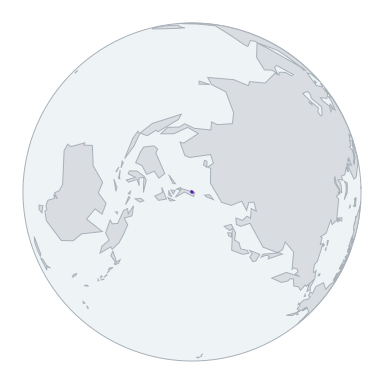 Abra on an orthographic globe, rotated 105°
{"feature_id": "PHL-2542", "entity_name": "Abra", "entity_type": "Province", "adm_level": 1, "iso_a3": "PHL", "parent_name": "Philippines", "parent_adm1": "", "projection": "orthographic", "projection_center": [120.806, 17.561], "detail": "coarse", "context": "on_globe", "style": "filled", "palette": "violet", "viewbox_px": 384, "rotation_deg": 105, "n_neighbors": 0, "source": "natural_earth", "source_scale": "10m", "svg_char_len": 10297}
<svg xmlns="http://www.w3.org/2000/svg" viewBox="0 0 384 384"><g transform="rotate(105 192 192)"><circle cx="192" cy="192" r="169" fill="#eef3f6" stroke="#a8b0b8"/><path d="M331.5,261.7L331.3,262.7L331.1,262.9L331.5,261.7ZM290.9,55.0L291.1,55.2L278.1,48.2L274.2,50.4L278.5,54.8L273.2,51.3L285.3,63.0L286.7,69.0L281.6,60.1L278.4,57.6L277.7,60.3L274.2,58.4L271.9,58.8L267.9,56.5L265.2,52.0L262.5,50.6L262.1,52.6L257.9,52.0L258.8,49.2L251.4,47.9L245.6,41.5L251.3,37.7L244.7,34.1L241.5,30.6L238.4,29.8L235.2,28.7L230.4,27.5L230.7,27.5L243.5,31.1L256.0,35.6L268.1,41.2L279.8,47.6L290.9,55.0ZM227.4,26.8L226.7,26.6L226.8,26.7L224.9,26.4L222.1,25.9L222.6,25.8L224.1,26.1L223.2,25.9L227.4,26.8ZM350.8,145.2L349.4,141.8L350.5,142.9L350.8,145.2ZM348.4,140.4L348.9,141.4L348.5,140.7L348.4,140.4ZM348.0,140.4L348.3,140.4L348.0,140.7L348.0,140.4ZM347.5,140.8L347.7,140.4L347.7,140.6L347.5,140.8ZM346.3,140.4L345.9,140.2L346.0,139.4L346.3,140.4ZM292.8,56.4L291.9,55.8L291.3,55.3L292.8,56.4ZM287.8,53.7L286.5,52.5L290.5,55.1L290.0,54.9L287.8,53.7ZM282.5,58.8L282.4,57.4L283.6,59.5L282.5,58.8ZM272.3,59.3L273.4,60.3L271.7,60.1L272.3,59.3ZM264.0,56.6L260.9,56.1L263.6,55.7L264.0,56.6ZM258.9,55.4L251.6,54.9L253.4,57.1L244.1,51.0L253.4,53.2L256.3,52.2L256.5,53.9L258.9,55.4ZM228.1,27.0L227.8,26.9L230.7,27.6L228.1,27.0ZM230.5,27.6L242.1,31.2L241.2,31.4L237.5,30.0L238.4,31.2L232.2,29.5L230.3,28.5L232.1,28.6L228.4,28.0L230.5,27.6ZM240.1,48.0L238.0,47.4L239.7,47.2L240.1,48.0ZM224.4,26.4L226.8,26.9L226.2,27.1L221.2,26.1L223.0,26.3L224.4,26.4ZM241.6,32.4L240.3,32.6L234.9,31.3L233.7,31.3L232.0,29.5L241.6,32.4ZM221.7,26.0L218.7,25.7L216.4,25.2L222.0,25.9L221.7,26.0ZM228.1,27.7L227.6,27.8L226.3,27.4L228.1,27.7ZM206.6,23.7L209.6,24.0L206.6,23.7ZM217.7,25.6L218.5,25.8L218.8,26.0L216.4,25.7L217.7,25.6ZM228.3,28.8L226.4,28.4L228.8,29.5L224.8,28.8L224.4,27.8L222.9,27.9L221.7,27.7L222.7,27.3L228.3,28.8ZM214.9,26.0L213.0,25.0L207.6,24.2L216.2,25.4L214.9,26.0ZM219.4,26.7L216.6,26.2L217.9,26.1L220.7,26.4L219.4,26.7ZM222.3,28.7L228.4,30.0L222.3,28.7ZM213.0,25.7L213.5,26.0L212.5,25.7L213.0,25.7ZM219.2,27.7L221.4,28.1L221.2,28.3L219.2,27.7ZM212.7,26.3L212.1,26.0L213.9,26.1L212.7,26.3ZM215.5,27.0L214.7,27.2L215.0,26.4L216.5,27.1L215.5,27.0ZM218.6,27.8L219.2,28.1L217.8,27.7L218.6,27.8ZM206.1,26.3L206.0,25.3L210.1,25.4L209.6,26.4L206.1,26.3ZM49.9,100.6L51.9,97.7L47.1,107.9L47.3,111.4L57.0,99.7L56.7,93.6L62.0,86.4L66.6,86.0L67.7,92.3L69.9,89.8L73.7,81.3L78.5,78.7L75.5,78.1L73.3,81.3L71.4,81.3L73.3,78.5L74.9,77.5L75.9,75.0L67.8,81.0L64.7,84.9L64.4,82.4L59.2,88.8L57.5,90.5L65.6,80.2L68.3,77.4L79.6,65.8L77.4,67.9L88.5,58.5L100.4,50.0L99.3,50.8L107.1,46.2L107.4,46.4L102.7,48.9L98.6,51.5L95.6,55.2L96.9,54.9L102.2,51.9L100.7,53.6L106.2,50.3L107.6,51.7L110.5,47.4L116.8,44.5L121.2,43.9L123.8,42.3L116.6,43.6L113.3,44.9L109.6,47.1L101.0,51.0L100.6,50.6L111.6,44.2L112.3,43.2L120.5,39.4L134.9,37.3L137.6,38.8L128.3,46.7L123.9,47.6L125.0,45.0L118.0,49.8L121.4,48.2L120.2,49.9L125.9,48.3L125.3,49.5L131.8,46.1L131.7,47.4L127.5,49.5L135.9,48.9L137.4,51.5L139.6,50.9L141.5,49.5L142.1,54.2L143.7,53.5L144.1,51.7L147.5,49.4L153.8,47.3L153.7,49.0L151.4,50.0L146.4,55.0L140.4,57.8L141.0,58.3L146.2,56.4L152.2,50.2L156.0,48.5L153.8,51.3L154.9,50.1L156.8,49.9L158.5,51.4L161.2,48.4L181.8,45.0L187.2,48.2L182.9,50.6L197.1,51.8L202.1,56.4L202.5,54.5L209.5,54.5L208.1,53.1L208.8,52.2L226.2,52.9L230.3,54.9L238.2,54.1L238.4,53.3L235.8,51.8L244.1,51.0L253.4,57.1L252.5,58.5L258.9,61.8L256.0,64.8L256.5,69.3L249.6,71.5L250.6,75.2L253.0,76.1L256.2,82.3L254.5,92.7L245.3,80.1L245.8,66.0L244.6,71.1L241.7,68.9L239.4,70.3L238.9,74.3L240.8,75.3L223.7,78.3L216.1,89.0L224.3,89.6L228.4,93.9L226.9,109.1L207.2,127.9L212.4,135.9L211.9,140.7L205.8,142.9L206.3,135.8L201.1,132.6L202.3,128.6L192.6,130.5L193.9,124.9L185.7,129.6L187.6,134.5L195.6,134.5L188.0,141.6L194.8,150.7L194.3,160.7L178.7,176.5L164.6,180.0L163.5,183.0L158.6,178.7L151.0,183.9L159.3,203.2L158.7,208.3L146.9,216.5L146.9,212.6L133.9,201.0L130.7,212.9L140.5,224.8L143.8,237.2L135.9,232.3L132.6,221.2L128.0,216.8L129.9,206.4L127.2,189.8L119.2,191.3L120.4,185.0L115.5,170.6L104.5,172.4L86.5,185.2L83.1,200.9L77.3,206.4L72.7,180.9L74.7,165.0L70.5,165.0L67.9,149.6L55.9,142.6L56.5,138.2L53.7,138.7L52.3,132.7L54.1,125.7L52.2,124.6L47.9,143.1L50.3,144.5L55.5,140.1L53.6,146.3L55.3,153.7L45.1,164.5L31.2,167.7L33.7,155.5L43.2,119.2L45.1,116.2L45.3,115.9L45.7,115.1L42.6,119.7L45.5,113.1L36.2,136.6L33.0,146.2L30.9,168.2L30.1,169.5L30.6,174.8L37.0,175.7L36.2,179.6L30.8,195.0L25.4,212.6L28.4,230.5L31.8,244.6L32.6,247.9L29.0,236.6L26.3,225.1L24.4,213.5L23.3,201.7L23.1,189.9L23.6,178.1L25.0,166.4L27.2,154.8L30.2,143.4L34.0,132.2L38.6,121.3L43.9,110.7L49.9,100.6ZM75.6,69.5L65.9,79.8L67.2,78.2L63.9,81.8L67.0,78.4L67.3,78.0L67.4,77.9L75.6,69.5ZM64.9,106.5L68.2,110.6L73.6,101.1L75.4,102.0L76.6,98.7L74.0,100.4L78.0,91.7L81.9,91.2L85.0,87.7L84.1,86.2L76.3,88.8L70.5,100.9L66.8,103.3L64.9,106.5ZM145.3,29.6L144.5,29.8L143.0,30.3L145.3,29.6ZM218.0,25.0L219.9,25.4L218.6,25.3L215.4,24.9L213.1,24.6L214.7,24.7L210.6,24.2L211.1,24.1L208.0,23.8L205.9,23.6L218.0,25.0ZM188.2,23.1L191.6,23.3L198.6,23.5L200.0,23.8L196.9,23.8L200.5,24.2L195.5,24.3L196.5,24.7L192.4,25.4L185.8,25.5L187.3,25.9L184.4,26.8L178.7,27.1L181.5,26.3L173.3,27.5L173.8,26.5L172.8,26.8L171.0,26.3L167.2,26.4L168.2,25.9L166.3,26.2L165.0,26.1L162.7,26.3L163.7,25.8L161.0,26.2L163.0,25.7L158.0,26.6L162.2,25.8L161.0,25.9L157.6,26.6L159.7,26.2L173.9,24.0L188.2,23.1ZM204.8,26.5L196.7,26.2L193.0,25.7L201.5,24.7L201.4,24.4L206.7,24.2L211.9,25.1L209.9,25.0L209.2,25.2L207.9,24.8L208.4,25.2L205.6,25.2L205.3,25.6L202.8,25.3L204.8,26.5ZM102.7,49.0L102.6,49.3L101.3,50.1L99.8,50.9L102.7,49.0ZM154.5,32.4L156.7,31.5L157.5,31.6L163.5,30.3L163.7,31.2L160.1,32.3L154.5,32.4ZM55.0,100.8L53.0,102.2L53.8,100.4L54.3,100.3L55.0,100.8ZM55.9,92.9L54.1,96.2L55.2,93.7L55.9,92.9ZM155.7,33.2L158.1,32.5L156.6,33.4L155.7,33.2ZM164.0,31.9L162.9,32.8L164.4,31.2L164.0,31.9ZM104.2,333.7L107.7,335.8L105.9,335.2L104.2,333.7ZM38.5,250.9L44.9,272.9L42.9,270.6L39.1,262.7L34.3,248.5L35.6,246.9L35.2,241.3L38.5,250.9ZM186.7,269.0L191.9,270.1L191.7,270.8L186.7,269.0ZM181.2,266.0L187.1,266.8L180.2,267.5L181.2,266.0ZM189.4,267.0L195.5,266.1L198.1,265.1L197.7,266.6L189.4,267.0ZM177.1,265.7L155.7,263.1L147.3,260.0L149.2,257.6L162.7,260.0L177.1,265.7ZM148.5,257.4L135.9,247.9L119.6,222.4L125.4,223.9L142.7,240.5L141.6,242.7L149.2,249.8L148.5,257.4ZM179.5,247.0L178.3,254.0L166.4,252.1L161.0,250.3L157.3,240.7L159.4,236.3L163.7,237.0L181.2,223.1L187.2,227.6L181.7,233.7L186.7,240.4L179.5,247.0ZM83.5,202.6L86.0,213.1L83.0,213.8L83.5,202.6ZM188.8,212.6L181.4,218.9L188.3,210.2L188.8,212.6ZM193.1,204.2L193.3,207.8L190.6,204.1L193.1,204.2ZM162.9,187.9L158.3,188.1L158.4,185.6L164.4,183.9L162.9,187.9ZM193.8,169.3L193.0,176.6L191.8,179.0L190.1,174.4L193.8,169.3ZM160.0,42.9L151.5,43.3L145.5,44.9L142.2,47.5L143.2,44.3L152.5,41.9L160.0,42.9ZM179.1,44.4L182.0,42.6L183.2,43.6L182.7,44.2L179.1,44.4ZM179.1,43.2L178.0,40.6L181.2,39.8L181.4,41.9L179.1,43.2ZM166.5,35.9L163.9,35.9L165.2,35.1L166.5,35.9ZM291.6,321.7L293.2,322.0L288.4,326.1L281.8,330.6L275.9,332.9L291.6,321.7ZM244.2,336.4L244.0,332.4L251.0,331.6L248.1,335.4L244.2,336.4ZM296.1,318.1L300.5,313.7L302.1,308.9L301.6,313.0L305.0,312.0L294.6,321.3L296.1,318.1ZM218.3,318.9L185.3,326.2L177.9,324.5L179.5,320.8L172.3,308.3L174.7,308.8L172.8,300.3L192.1,294.3L205.9,280.8L217.0,282.3L225.2,272.1L236.7,273.1L233.4,281.3L245.5,286.8L253.4,268.4L261.0,287.8L269.9,294.2L272.7,305.7L257.4,325.2L248.5,329.2L246.7,327.6L243.0,329.6L237.2,329.0L233.7,323.1L230.1,325.0L233.5,320.4L228.3,324.5L225.1,320.6L218.3,318.9ZM300.7,282.3L302.4,282.5L305.2,285.4L302.4,285.2L300.7,282.3ZM327.0,266.7L327.8,268.0L326.0,268.9L327.0,266.7ZM331.1,262.9L329.0,264.2L331.5,261.7L331.1,262.9ZM309.7,269.9L310.6,271.0L309.9,271.5L309.7,269.9ZM309.0,269.6L310.0,267.5L309.9,269.5L309.0,269.6ZM300.6,260.1L301.7,259.0L302.2,259.7L300.6,260.1ZM199.7,270.8L207.0,265.8L211.0,265.6L199.7,270.8ZM299.1,258.1L296.5,258.1L296.7,257.0L299.1,258.1ZM299.3,255.6L299.0,254.1L300.6,257.4L299.3,255.6ZM294.1,252.6L297.4,255.0L293.8,253.0L294.1,252.6ZM292.2,253.1L289.9,252.1L290.0,251.6L292.2,253.1ZM266.0,256.3L274.8,265.0L267.8,265.0L259.9,259.6L254.0,264.8L240.3,263.8L243.4,260.7L241.5,255.6L227.6,253.3L224.7,249.9L229.7,247.9L220.5,244.9L230.5,243.8L234.7,250.7L240.3,245.6L250.3,247.1L260.0,249.4L267.9,254.3L266.0,256.3ZM230.7,258.6L232.4,258.6L230.9,260.6L230.7,258.6ZM285.4,248.7L288.8,251.7L288.4,252.6L286.7,252.1L285.4,248.7ZM269.7,253.1L278.1,247.4L280.1,247.4L274.5,253.9L269.7,253.1ZM276.0,243.9L280.0,244.5L282.1,247.6L281.3,248.5L276.0,243.9ZM210.2,251.4L209.8,253.2L207.2,251.6L210.2,251.4ZM213.5,250.5L221.4,252.9L212.8,252.0L213.5,250.5ZM190.2,242.3L192.4,246.9L199.5,244.7L194.1,248.3L198.9,255.9L197.3,258.5L192.5,250.3L190.9,258.3L187.8,257.8L186.0,250.8L189.1,242.5L192.2,239.3L205.1,238.8L190.2,242.3ZM213.4,245.1L211.4,239.8L212.9,236.4L215.2,239.3L213.4,245.1ZM205.5,226.9L200.2,220.5L195.3,222.4L205.4,214.8L208.7,222.2L205.5,226.9ZM201.2,213.3L196.6,215.1L201.5,210.5L201.2,213.3ZM195.5,212.9L195.1,208.7L198.7,209.6L195.5,212.9ZM203.6,213.7L204.7,206.7L206.4,211.0L203.6,213.7ZM194.0,199.2L201.4,206.7L191.5,202.9L191.7,189.2L196.0,189.3L194.0,199.2ZM222.1,146.9L221.4,143.1L225.4,142.5L224.8,145.3L222.1,146.9ZM238.0,138.6L226.3,141.2L216.8,143.8L219.5,145.8L216.8,152.0L213.1,145.7L220.2,139.3L227.3,138.5L228.9,133.4L234.4,130.3L234.0,123.8L236.5,121.3L239.1,127.1L238.0,138.6ZM233.5,121.1L234.7,110.3L242.1,112.5L243.5,115.3L239.8,119.3L236.1,117.8L233.5,121.1ZM237.2,108.4L233.6,107.1L228.0,91.3L228.6,88.6L236.8,101.1L233.9,100.6L234.0,104.3L237.2,108.4ZM238.4,48.4L238.0,47.5L239.6,48.4L238.4,48.4ZM207.8,51.4L209.0,50.5L210.9,51.4L207.8,51.4ZM213.5,48.4L210.5,48.1L213.7,47.7L213.5,48.4ZM203.8,47.6L209.3,47.6L204.0,48.7L203.8,47.6Z" fill="#d9dde1" stroke="#a8b0b8" stroke-width="1"/><path d="M192.1,190.9L192.3,190.9L192.5,190.9L192.5,191.1L192.8,191.2L192.9,191.3L192.9,191.6L192.8,191.8L192.9,192.0L192.6,192.2L192.5,192.3L192.5,192.5L192.3,192.8L192.3,193.1L192.2,193.1L191.9,193.2L191.7,193.1L191.6,192.9L191.3,192.8L191.3,192.7L191.2,192.7L191.4,192.3L191.4,192.2L191.2,192.2L191.1,191.9L191.3,191.5L191.5,191.2L191.8,191.0L192.1,190.9Z" fill="#8b5cf6" stroke="#5b21b6" stroke-width="1.5"/></g></svg>